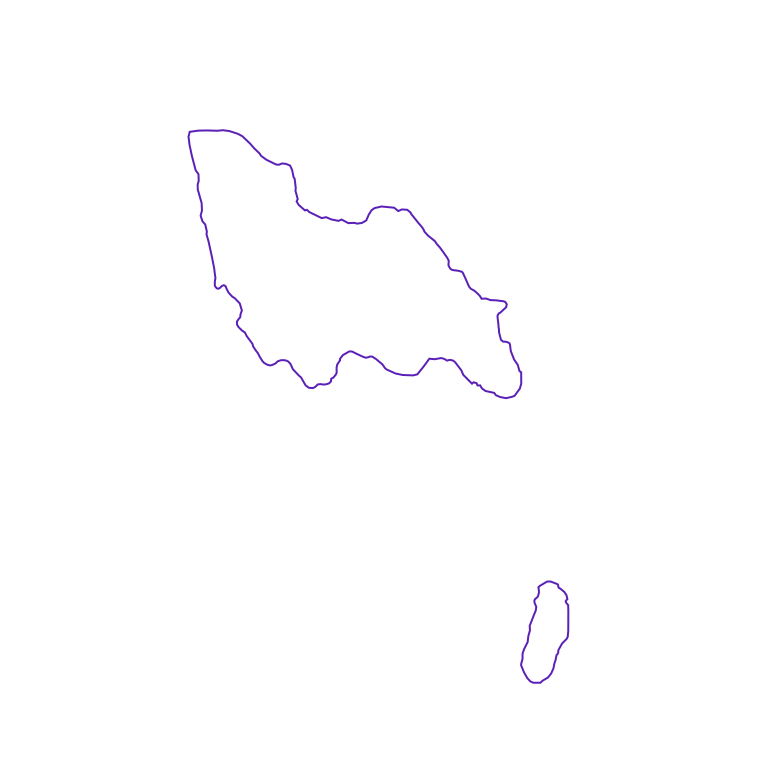 Tinian, Tinian, Northern Mariana Islands, rotated 306°
{"feature_id": "39175420B24162802066299", "entity_name": "Tinian", "entity_type": "district", "adm_level": 2, "iso_a3": "MNP", "parent_name": "Northern Mariana Islands", "parent_adm1": "Tinian", "projection": "albers", "projection_center": [145.616, 14.971], "detail": "fine", "context": "isolated", "style": "outline", "palette": "violet", "viewbox_px": 768, "rotation_deg": 306, "n_neighbors": 0, "source": "geoboundaries", "source_scale": "gbopen_adm2", "svg_char_len": 4359}
<svg xmlns="http://www.w3.org/2000/svg" viewBox="0 0 768 768"><g transform="rotate(306 384 384)"><path d="M330.6,274.4L331.0,278.3L332.1,281.0L333.7,282.4L334.8,283.0L336.8,284.1L339.9,284.7L342.6,286.6L344.4,288.9L345.6,291.4L345.9,293.5L345.2,296.7L342.4,301.6L340.8,310.1L340.6,312.9L336.8,321.4L336.8,325.5L339.0,329.0L341.6,330.2L344.6,330.6L346.6,332.7L348.0,335.4L349.9,337.5L352.3,339.2L355.0,339.6L355.7,339.1L357.3,338.2L359.5,339.3L363.4,339.5L365.4,339.0L366.7,338.0L369.4,336.0L372.3,334.7L377.3,334.5L378.6,333.6L383.3,333.8L390.0,336.8L391.5,339.1L392.1,342.7L392.4,344.4L393.5,350.2L394.4,353.6L396.2,355.4L398.1,356.6L399.3,358.6L399.5,363.1L399.3,365.8L398.9,371.3L398.0,373.9L397.4,375.5L397.3,377.6L397.7,379.6L399.3,387.2L400.6,390.1L402.2,393.7L408.0,402.4L411.4,405.3L421.7,405.8L422.1,405.8L431.1,405.8L433.8,410.4L438.6,415.0L439.7,417.9L440.0,421.3L441.5,422.4L442.7,423.8L443.1,425.2L443.6,426.2L443.4,428.9L440.5,438.6L438.0,442.7L436.0,455.0L438.0,455.4L439.1,458.4L437.8,460.5L439.4,462.6L438.0,465.8L438.0,470.2L441.6,478.4L440.7,481.2L441.8,485.8L444.3,491.1L449.0,495.2L449.4,495.5L451.4,496.6L460.1,496.6L462.9,495.6L465.0,494.8L474.1,488.1L474.1,486.0L478.1,481.0L480.3,474.8L485.2,467.2L489.9,462.8L490.7,461.5L490.5,459.8L489.9,457.9L488.3,455.4L488.5,452.8L489.1,451.9L489.7,451.2L492.8,447.5L493.4,446.7L495.4,445.2L497.4,443.2L498.9,442.0L499.4,441.6L501.3,439.8L504.8,436.6L505.7,435.9L506.5,435.6L507.3,435.4L508.0,435.4L509.2,435.6L510.0,436.1L517.9,437.7L519.8,436.8L520.7,436.4L521.7,433.8L521.0,431.7L517.9,426.1L517.7,425.7L514.5,420.9L513.1,416.3L510.5,413.0L510.3,412.8L510.4,412.6L511.5,410.1L512.1,407.0L512.6,402.4L512.1,398.4L512.6,396.1L513.8,393.7L515.2,391.4L517.4,387.6L520.3,382.4L520.6,380.9L520.0,379.6L519.5,378.2L518.7,376.4L517.6,374.6L517.5,374.4L516.4,372.2L516.2,370.1L517.0,368.1L517.9,366.4L519.6,365.3L521.7,364.0L523.3,360.9L524.9,356.3L526.3,352.0L527.4,348.6L528.2,344.7L529.5,341.2L529.9,332.6L531.0,327.3L532.2,325.2L533.0,323.3L533.7,320.7L534.6,316.7L535.2,314.7L537.5,306.1L538.3,304.8L538.6,300.4L535.7,295.8L532.3,293.9L532.6,288.6L526.1,277.6L520.8,273.0L517.4,271.8L512.3,272.1L505.9,273.5L501.2,271.4L497.9,267.9L497.0,265.4L493.2,260.6L492.1,253.0L489.2,251.3L486.1,244.4L485.5,241.6L484.9,239.1L481.6,236.1L479.2,222.6L479.6,219.3L478.0,218.0L478.7,209.9L480.3,206.0L482.9,205.5L488.3,198.8L490.7,197.4L497.6,191.0L498.1,189.4L503.1,183.9L505.5,179.7L504.5,175.4L502.5,171.9L499.5,170.0L498.1,167.5L496.3,157.1L496.3,150.5L497.4,147.7L498.3,140.8L499.8,134.3L501.2,123.7L500.5,118.7L497.8,110.4L494.7,104.6L490.9,100.3L485.4,92.2L479.8,84.8L473.8,78.6L469.1,80.5L466.2,83.3L462.9,86.4L455.6,94.5L451.6,99.4L446.2,106.0L444.7,110.6L439.3,114.8L438.6,115.0L436.7,115.7L436.0,115.9L431.8,119.1L429.2,122.5L427.9,124.1L423.1,130.2L417.3,134.8L412.4,136.7L408.9,141.5L408.0,145.6L403.1,151.2L400.9,152.3L396.0,158.5L385.3,170.5L385.2,170.6L377.9,178.5L374.1,182.0L370.7,185.3L367.5,186.9L365.1,188.6L364.0,189.5L363.5,190.8L363.1,192.5L363.7,194.0L365.7,194.9L367.5,195.1L368.2,195.4L368.7,195.6L369.8,196.4L370.0,198.3L368.8,200.2L366.6,204.4L365.5,209.9L365.7,212.7L364.4,220.0L360.9,224.5L360.3,225.4L359.9,225.8L356.3,226.9L356.2,226.9L353.5,228.4L350.5,228.2L347.9,228.4L345.6,230.3L344.5,233.0L343.8,237.8L343.9,241.2L342.1,244.7L339.2,253.9L337.5,256.0L335.7,260.8L334.8,263.9L333.2,267.0L331.9,270.1L331.1,272.1L330.6,274.4ZM229.4,677.2L230.1,680.4L234.3,686.2L237.0,686.6L243.0,689.2L248.1,689.4L249.5,689.1L253.7,688.2L257.0,686.6L259.6,685.6L261.7,685.0L264.2,683.8L265.3,683.3L266.2,682.9L267.4,683.1L269.1,682.9L270.3,681.9L271.9,681.4L275.6,681.0L278.7,680.6L285.3,681.6L287.0,681.3L287.3,681.3L292.4,678.3L308.9,666.4L313.4,662.9L313.7,661.4L314.2,659.8L314.8,659.1L314.9,658.8L315.5,658.6L316.5,658.6L317.3,658.8L317.8,658.8L320.5,655.6L321.8,651.9L322.1,646.6L321.8,645.6L322.2,644.8L322.4,644.2L323.2,643.5L323.8,642.8L324.0,641.8L322.1,634.8L320.1,632.1L312.2,628.7L310.3,628.4L308.9,629.8L306.7,631.8L302.7,633.4L301.0,633.2L298.4,632.6L296.7,633.2L295.4,634.6L293.7,637.4L293.1,638.3L292.7,638.5L292.4,638.6L290.0,639.9L285.1,641.1L274.0,644.0L270.6,646.8L264.6,649.1L259.7,651.9L251.7,653.2L247.3,654.6L244.8,656.4L243.2,657.6L239.5,659.0L238.2,659.5L237.0,660.3L233.0,666.8L230.3,672.8L229.4,677.2Z" fill="none" stroke="#5b21b6" stroke-width="2"/></g></svg>